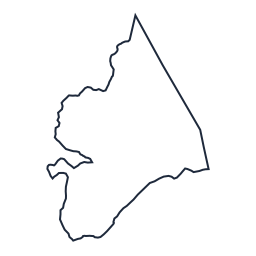 San Pedro Ocotepec, Oaxaca, Mexico
{"feature_id": "50627088B407128365288", "entity_name": "San Pedro Ocotepec", "entity_type": "district", "adm_level": 2, "iso_a3": "MEX", "parent_name": "Mexico", "parent_adm1": "Oaxaca", "projection": "equal_earth", "projection_center": [-95.854, 16.976], "detail": "fine", "context": "isolated", "style": "outline", "palette": "slate", "viewbox_px": 256, "rotation_deg": 0, "n_neighbors": 0, "source": "geoboundaries", "source_scale": "gbopen_adm2", "svg_char_len": 2161}
<svg xmlns="http://www.w3.org/2000/svg" viewBox="0 0 256 256"><path d="M68.2,96.1L66.6,97.8L63.3,100.8L61.6,102.9L62.6,106.1L62.0,109.2L58.1,112.7L58.9,117.2L57.5,120.2L59.5,123.0L58.7,126.2L55.7,127.9L55.4,131.3L55.7,134.2L54.8,137.4L57.0,140.0L59.1,141.6L62.7,145.7L65.9,149.0L70.1,150.3L73.3,151.2L76.3,151.4L79.0,152.0L79.9,153.6L80.5,154.4L81.5,154.8L82.4,155.2L83.3,156.0L84.5,156.4L85.4,157.4L88.1,157.9L90.2,158.9L92.1,162.3L87.8,162.6L84.2,162.0L80.2,163.5L78.0,165.6L73.9,168.1L71.6,166.1L68.0,163.5L64.2,159.2L62.7,158.7L60.7,158.5L57.8,160.7L55.6,163.8L55.1,164.5L54.0,165.4L52.9,165.0L50.5,164.7L49.0,164.9L47.7,166.3L47.4,168.9L49.0,171.8L50.6,175.9L52.6,178.5L54.2,176.7L56.8,175.0L58.9,173.0L63.2,172.9L65.9,173.6L67.9,177.2L67.0,181.7L65.9,186.8L65.7,191.3L66.0,195.7L65.9,198.6L63.8,203.8L63.1,207.8L60.5,210.2L60.5,214.3L60.0,219.4L62.6,225.4L64.7,229.7L68.5,233.6L69.5,237.0L71.0,238.3L71.8,238.9L73.2,240.6L77.9,238.9L80.6,238.4L82.7,236.9L83.0,236.1L84.3,235.8L85.9,236.0L89.6,235.8L93.5,236.1L94.7,237.2L97.9,237.6L100.5,237.0L103.7,234.4L107.0,231.2L113.4,224.0L113.9,222.9L113.4,222.1L114.4,218.5L117.1,216.4L119.6,212.4L121.3,210.5L123.4,208.2L126.8,205.9L130.9,202.0L133.5,199.6L137.8,194.6L149.8,183.0L154.6,181.3L159.2,178.6L163.7,176.6L168.6,175.9L171.6,176.7L174.1,178.6L176.9,177.6L180.7,173.7L182.6,171.4L185.1,168.5L187.4,169.0L191.4,170.7L193.6,172.1L199.4,171.0L202.7,169.8L205.3,169.3L208.6,169.1L206.2,158.2L203.7,146.8L203.1,143.9L200.2,129.8L162.7,65.2L161.5,63.0L135.4,15.4L129.7,39.8L128.2,41.3L126.4,41.4L125.2,41.5L123.7,42.1L122.8,42.5L122.1,42.8L121.2,43.6L119.4,44.3L117.9,45.4L117.3,46.1L117.1,46.6L117.1,47.3L117.2,48.0L117.5,48.5L117.6,49.5L117.4,50.6L116.8,51.6L116.0,52.5L115.3,53.3L113.6,54.4L112.6,54.7L111.9,55.1L111.5,55.4L111.2,56.1L110.9,56.8L110.4,58.4L110.2,61.1L110.7,63.0L111.0,65.2L113.7,69.4L113.4,71.7L113.0,75.1L112.6,76.2L111.9,76.7L111.0,78.9L109.3,82.0L108.5,84.6L107.4,86.7L105.6,90.4L103.1,91.1L98.8,89.1L96.2,90.1L93.3,89.8L90.8,87.6L87.6,87.0L85.1,88.1L82.0,91.6L80.0,93.4L78.9,95.4L77.3,95.8L75.7,95.5L72.7,95.7L69.0,95.4L68.2,96.1Z" fill="none" stroke="#1e293b" stroke-width="2"/></svg>